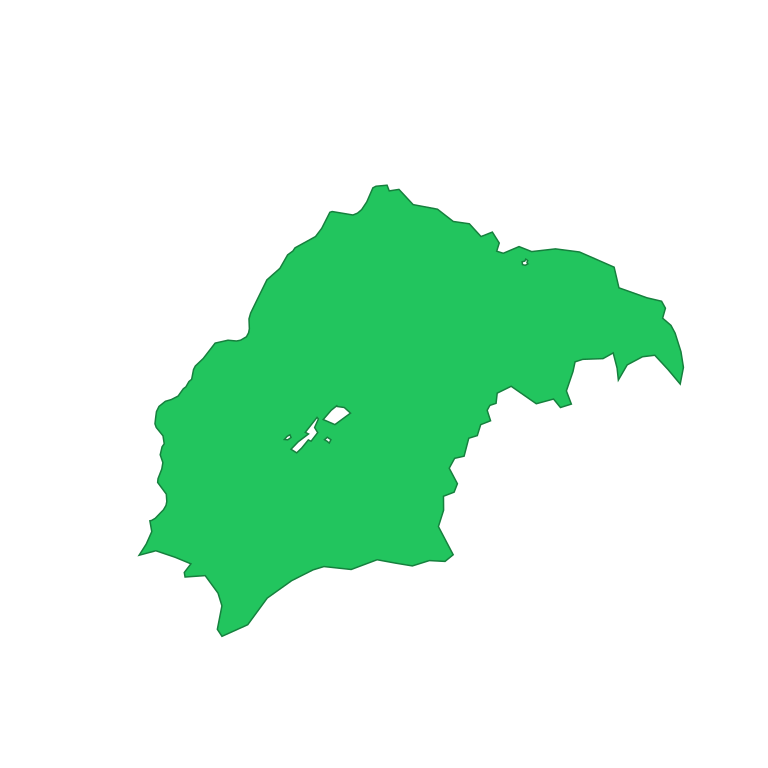 Akhangaran, Tashkent, Uzbekistan, rotated 159°
{"feature_id": "79887680B39999061670418", "entity_name": "Akhangaran", "entity_type": "district", "adm_level": 2, "iso_a3": "UZB", "parent_name": "Uzbekistan", "parent_adm1": "Tashkent", "projection": "natural_earth1", "projection_center": [69.986, 40.976], "detail": "fine", "context": "isolated", "style": "filled", "palette": "green", "viewbox_px": 768, "rotation_deg": 159, "n_neighbors": 0, "source": "geoboundaries", "source_scale": "gbopen_adm2", "svg_char_len": 2378}
<svg xmlns="http://www.w3.org/2000/svg" viewBox="0 0 768 768"><g transform="rotate(159 384 384)"><path d="M597.5,208.1L569.7,226.0L540.7,233.5L516.9,235.9L505.5,235.1L481.1,222.6L453.4,222.4L437.7,212.8L422.7,204.0L404.9,202.9L390.6,196.5L380.6,199.8L384.3,231.4L373.6,244.8L368.7,257.9L357.3,257.9L351.2,264.6L353.3,282.0L344.7,289.3L335.1,287.9L324.3,303.0L315.4,302.4L308.3,311.4L297.7,311.5L297.1,322.5L292.8,326.1L286.3,325.8L281.6,334.9L266.1,336.3L248.9,311.0L231.1,309.2L227.7,298.8L216.3,298.1L216.2,312.2L203.1,327.9L197.7,336.2L189.6,335.8L170.4,329.2L158.9,330.9L160.7,315.3L163.8,303.7L150.1,314.7L132.9,316.8L120.9,313.8L113.8,296.1L107.5,277.8L98.5,292.2L95.2,307.7L94.0,327.2L95.1,335.9L100.3,345.6L94.1,353.9L95.2,361.8L107.7,370.3L130.2,389.6L127.3,410.6L154.2,437.2L175.5,448.7L198.7,454.7L208.7,463.9L225.8,463.3L231.2,467.6L225.9,474.3L228.4,487.0L240.6,486.9L246.9,503.0L261.1,510.9L271.4,528.0L292.5,541.0L300.3,560.3L309.9,562.4L309.9,568.5L320.6,571.5L324.1,571.1L334.8,560.2L342.4,554.8L347.5,553.0L352.4,552.9L370.6,563.6L373.0,563.7L386.4,551.6L395.1,546.2L418.3,543.0L421.4,540.8L427.7,539.1L439.7,529.3L456.0,523.2L472.6,507.8L483.1,498.0L486.7,493.2L489.9,483.8L492.0,480.4L495.5,477.4L502.2,476.3L506.3,477.0L514.0,480.8L527.0,482.7L543.6,472.6L553.7,468.4L556.6,465.8L561.9,457.3L565.2,456.2L570.0,452.3L573.0,451.5L580.6,446.5L588.2,445.7L594.3,446.2L602.1,443.7L606.3,439.8L609.3,434.3L612.1,428.9L612.2,425.0L608.9,414.8L610.6,407.0L613.7,404.9L618.3,398.1L618.6,389.9L621.9,384.3L628.9,376.6L630.6,373.2L626.7,359.2L628.9,352.1L631.0,348.8L635.1,345.5L638.0,344.2L645.7,340.6L649.9,339.9L651.6,340.2L653.7,329.4L663.3,319.8L674.0,311.9L656.8,310.1L641.0,297.0L628.7,285.3L638.0,279.6L638.9,275.1L619.6,269.2L613.9,248.2L614.8,235.0L627.5,214.7L625.7,206.5L597.5,208.1ZM442.7,378.4L435.9,380.6L435.8,379.8L429.5,376.3L425.7,368.8L444.4,363.7L453.5,372.6L442.7,378.4ZM494.2,356.4L484.8,360.8L472.4,364.4L474.8,367.1L458.5,376.8L457.8,374.9L464.4,368.2L463.3,362.4L472.6,356.7L474.7,358.9L483.8,353.7L490.2,351.0L494.2,356.4ZM211.9,445.8L211.3,448.6L208.5,448.3L206.9,449.8L205.6,447.8L207.0,446.2L206.6,444.6L209.6,444.2L211.9,445.8ZM459.5,353.3L456.0,354.6L453.5,351.0L456.3,348.5L457.5,350.7L459.5,353.3ZM493.4,369.8L490.0,370.3L489.9,367.4L493.9,366.4L496.9,367.9L493.4,369.8Z" fill="#22c55e" stroke="#15803d" stroke-width="1.5"/></g></svg>